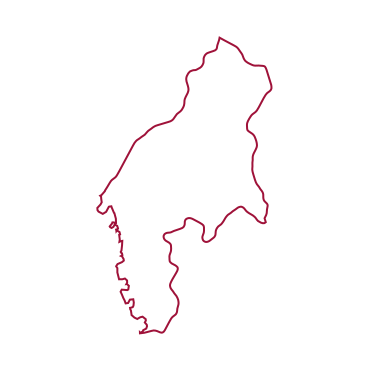 the district of Banica, La Estrelleta, Dominican Republic, rotated 298°
{"feature_id": "3306468B73916150464178", "entity_name": "Banica", "entity_type": "district", "adm_level": 2, "iso_a3": "DOM", "parent_name": "Dominican Republic", "parent_adm1": "La Estrelleta", "projection": "albers", "projection_center": [-71.658, 19.016], "detail": "fine", "context": "isolated", "style": "outline", "palette": "rose", "viewbox_px": 384, "rotation_deg": 298, "n_neighbors": 0, "source": "geoboundaries", "source_scale": "gbopen_adm2", "svg_char_len": 5517}
<svg xmlns="http://www.w3.org/2000/svg" viewBox="0 0 384 384"><g transform="rotate(298 192 192)"><path d="M200.0,271.3L202.9,268.4L206.4,268.3L208.4,267.9L211.8,266.4L215.3,265.3L216.3,264.6L216.9,263.7L217.6,261.4L218.0,260.2L218.6,259.2L219.5,258.3L220.5,257.6L223.2,256.1L224.2,255.3L225.0,254.3L225.6,253.3L226.7,250.9L228.0,248.7L229.3,245.7L230.5,243.9L232.4,241.8L236.1,238.1L238.2,236.1L239.9,234.8L241.1,234.2L242.9,233.4L246.2,231.6L248.7,230.6L250.9,229.4L252.1,228.9L253.4,228.6L254.8,228.4L259.7,228.3L261.8,228.1L263.1,227.7L263.8,227.4L265.6,226.2L267.3,224.7L268.8,223.1L270.3,221.3L271.0,220.1L271.3,219.4L271.7,218.1L272.2,213.5L272.5,212.4L272.8,211.8L273.7,211.0L276.2,209.5L277.3,208.9L278.6,208.4L280.6,208.1L283.5,208.1L286.3,208.3L287.7,208.5L289.0,208.9L292.4,210.5L294.4,211.0L298.1,211.2L308.5,211.2L312.2,211.4L314.3,211.8L315.5,212.3L317.6,213.3L318.8,213.6L319.5,213.7L320.8,213.5L321.4,213.2L322.6,212.5L323.8,211.6L335.0,200.3L336.3,198.7L336.9,197.6L337.0,196.9L336.9,196.3L336.6,195.3L334.9,191.4L333.3,188.6L332.8,187.4L332.5,186.0L332.4,184.6L332.3,182.5L332.3,180.4L332.6,178.3L333.0,176.9L333.4,176.3L334.1,175.1L336.9,171.9L337.6,170.7L338.8,168.3L340.2,165.6L340.7,164.3L341.0,162.9L341.1,160.7L341.1,149.4L341.2,143.9L338.8,144.6L333.4,145.5L330.7,146.4L329.6,146.5L328.9,146.3L327.8,145.8L326.2,144.4L323.6,141.9L322.5,140.9L321.3,140.0L320.0,139.5L318.7,139.2L316.6,139.3L315.3,139.6L312.6,141.0L311.4,141.5L309.4,141.7L307.3,141.5L306.7,141.3L305.5,140.8L302.0,138.5L301.2,137.7L300.3,136.2L299.5,135.3L298.1,134.1L297.6,133.7L296.3,133.3L294.9,133.0L293.5,133.0L292.1,133.0L290.8,133.2L289.4,133.7L288.8,134.0L287.0,135.3L283.8,138.5L282.2,139.9L281.0,140.7L279.6,141.3L277.4,141.7L272.9,141.8L270.7,142.0L269.3,142.4L266.5,143.7L264.6,144.3L262.6,144.5L259.8,144.4L257.8,143.9L254.9,142.6L253.7,142.1L252.4,141.9L247.6,141.3L246.3,140.9L245.7,140.6L244.4,139.8L242.8,138.3L234.8,130.2L233.2,128.7L232.0,127.9L230.8,127.2L229.0,126.4L225.6,124.7L224.3,124.3L221.7,123.7L220.4,123.4L217.0,121.6L214.6,120.5L211.8,119.0L210.5,118.6L208.3,118.2L205.3,118.1L176.0,118.0L172.2,117.9L170.7,117.8L169.2,117.5L168.0,117.0L165.2,115.7L163.8,115.3L161.8,115.1L156.1,114.8L152.3,114.5L151.9,114.7L146.7,113.5L145.6,112.7L145.2,113.9L143.3,115.1L141.5,116.4L140.6,117.1L138.0,117.1L133.5,115.9L131.6,117.1L130.8,118.7L130.8,120.9L130.8,123.3L130.8,123.5L134.2,125.5L139.9,125.5L140.2,125.7L141.5,127.5L140.7,128.3L136.9,133.0L136.9,133.4L132.7,137.3L128.9,139.5L128.2,138.8L128.5,137.3L127.8,136.0L126.6,136.2L123.0,135.5L122.5,136.3L122.5,137.9L124.4,139.0L125.5,139.0L127.0,139.0L127.0,141.8L125.1,143.8L124.4,143.8L123.2,142.6L122.6,143.2L122.0,143.6L122.8,143.7L122.6,146.8L120.8,148.4L120.0,147.8L116.6,150.2L116.0,150.6L113.9,151.3L115.2,152.3L116.1,153.4L112.0,155.3L107.2,157.2L105.6,157.2L105.0,158.2L105.0,159.0L104.7,159.2L103.9,159.9L103.5,160.2L103.0,159.9L102.2,159.4L102.3,160.6L101.3,162.1L100.7,163.1L99.4,164.0L97.2,163.1L93.4,160.1L90.8,159.9L90.6,160.2L89.8,161.8L87.0,163.3L86.0,163.8L80.7,168.6L80.9,168.9L81.3,169.6L82.2,171.4L84.1,173.4L83.4,176.2L81.5,177.3L79.9,177.3L80.2,177.7L79.5,180.3L76.0,181.5L75.0,180.9L72.8,175.8L70.4,175.8L68.6,178.2L66.1,181.2L64.6,183.4L63.3,184.8L62.5,185.7L64.0,187.7L65.0,187.7L67.8,187.7L69.7,190.5L67.1,192.5L66.6,192.7L64.4,193.6L64.0,193.7L62.5,193.7L60.8,192.0L60.6,191.7L60.1,192.1L59.5,192.5L58.7,193.7L54.9,196.5L54.8,197.2L54.1,200.1L54.2,203.3L54.4,203.4L56.8,204.9L57.2,205.2L58.7,206.9L58.0,210.8L56.8,211.6L54.6,211.6L53.6,214.3L52.4,215.3L49.9,215.7L47.1,213.8L45.6,214.0L43.4,212.3L43.5,212.0L42.8,212.4L45.2,215.8L46.7,217.5L50.3,221.4L51.7,223.1L52.3,224.4L52.5,225.1L52.8,226.4L53.1,229.6L53.4,230.8L53.6,231.3L54.0,231.8L54.5,232.2L55.6,232.7L57.5,232.9L66.4,232.9L70.1,233.0L71.6,233.2L72.9,233.6L75.1,234.6L76.3,235.1L77.5,235.2L78.8,235.1L80.0,234.7L82.2,233.8L86.1,232.9L87.4,232.4L88.6,231.7L90.3,230.4L91.7,228.8L92.9,227.0L94.2,224.0L95.4,221.8L96.4,219.5L97.1,218.3L97.9,217.4L98.4,217.0L99.4,216.3L100.9,215.9L103.1,215.7L106.1,215.7L113.1,216.0L115.3,216.0L116.7,215.8L117.9,215.3L118.4,214.9L118.8,214.4L119.2,213.1L119.4,211.8L119.4,207.6L119.7,206.3L119.9,205.7L120.2,205.1L120.6,204.7L121.6,204.0L124.7,202.2L126.0,201.8L129.3,201.3L130.6,200.9L132.3,200.1L134.8,198.6L135.7,197.8L136.2,196.7L136.5,195.5L136.7,191.6L137.1,190.3L137.7,189.2L138.6,188.3L139.6,187.7L140.3,187.5L141.0,187.5L141.6,187.5L142.3,187.7L143.3,188.3L144.2,189.1L144.9,190.1L145.8,191.5L146.6,192.4L149.1,194.3L154.0,198.9L155.7,200.3L157.0,200.9L157.6,201.0L158.9,201.0L160.1,200.7L162.6,199.5L163.8,199.3L164.5,199.3L165.7,199.7L166.7,200.5L167.5,201.4L168.1,202.7L168.4,204.1L168.5,205.5L168.5,213.0L168.3,215.9L168.0,217.2L167.8,217.8L167.4,218.3L166.5,219.1L163.4,220.8L161.6,221.5L157.7,222.1L156.5,222.6L155.5,223.4L154.7,224.3L154.4,224.9L154.2,225.6L154.2,226.2L154.2,226.9L154.4,227.6L154.7,228.2L155.0,228.7L155.9,229.6L156.9,230.3L157.5,230.6L159.3,231.4L161.5,232.4L162.6,232.8L163.3,232.9L164.6,232.9L165.2,232.8L166.4,232.3L168.0,231.6L169.1,231.2L170.5,231.0L171.8,231.0L173.8,231.3L177.2,232.9L178.6,233.2L180.8,233.5L185.3,233.7L187.5,234.1L188.8,234.5L191.6,236.0L194.1,237.0L196.9,238.5L199.2,239.6L200.3,240.2L201.2,241.1L201.6,241.5L202.2,242.6L202.3,243.3L202.3,244.6L202.0,245.8L200.8,248.5L200.4,249.9L200.1,252.1L199.9,256.6L199.5,258.8L199.1,260.1L198.0,262.3L197.4,263.9L197.3,267.4L197.7,269.2L198.3,270.2L198.6,270.6L200.0,271.3Z" fill="none" stroke="#9f1239" stroke-width="2"/></g></svg>